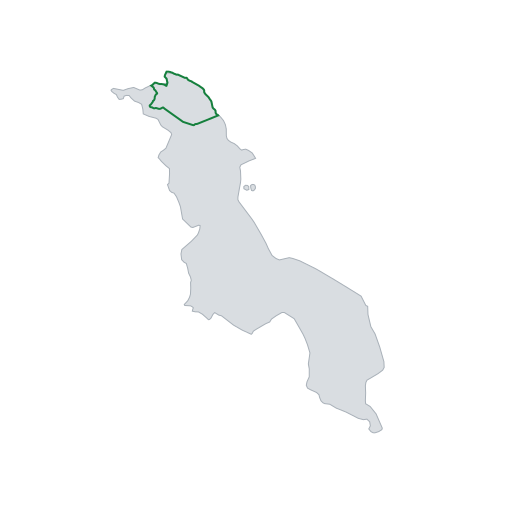 Karonga highlighted on a map of Malawi, rotated 338°
{"feature_id": "MWI-1194", "entity_name": "Karonga", "entity_type": "District", "adm_level": 1, "iso_a3": "MWI", "parent_name": "Malawi", "parent_adm1": "", "projection": "albers", "projection_center": [33.981, -10.031], "detail": "fine", "context": "in_parent", "style": "outline", "palette": "green", "viewbox_px": 512, "rotation_deg": 338, "n_neighbors": 0, "source": "natural_earth", "source_scale": "10m", "svg_char_len": 4677}
<svg xmlns="http://www.w3.org/2000/svg" viewBox="0 0 512 512"><g transform="rotate(338 256 256)"><path d="M199.4,296.9L196.5,293.0L194.2,294.0L191.0,296.7L189.2,297.4L188.3,297.4L187.8,296.7L187.0,294.9L184.5,289.9L181.7,286.3L178.8,285.0L176.3,283.3L177.4,281.7L178.5,280.6L178.0,279.4L176.7,277.7L171.4,275.2L171.3,274.1L176.0,271.9L178.9,269.4L180.9,266.9L183.4,261.5L185.4,256.1L186.9,254.3L187.4,250.8L187.1,246.7L188.1,241.6L188.6,236.8L187.0,234.9L185.7,231.6L187.2,226.0L189.7,222.2L201.4,218.2L209.5,214.6L211.3,213.0L214.0,209.9L215.6,206.9L214.5,206.0L208.1,205.9L206.5,204.8L201.8,194.2L204.4,182.0L204.6,177.3L204.5,171.4L203.6,167.1L201.6,165.3L200.4,162.9L200.7,156.6L202.6,155.9L206.6,147.5L208.5,142.5L206.3,138.6L203.8,133.0L202.7,129.4L202.1,128.2L203.8,126.0L206.6,123.9L209.7,123.3L212.9,122.3L223.3,111.8L223.4,109.8L221.5,106.3L217.6,101.1L216.8,98.9L216.3,92.6L214.8,90.7L209.1,86.5L204.7,82.0L206.1,77.4L206.8,72.5L204.6,69.7L201.4,66.9L199.4,62.8L198.5,59.7L195.9,58.5L193.6,58.4L191.9,60.4L190.1,60.2L187.8,59.6L187.1,56.9L187.0,54.0L185.4,52.1L183.9,49.4L183.7,47.9L184.7,47.5L186.6,47.2L195.0,52.7L200.0,52.9L205.7,53.9L210.5,58.7L213.0,59.3L216.2,58.7L225.3,58.2L228.9,58.8L233.6,61.7L235.5,62.0L238.4,62.1L238.9,61.4L239.2,59.7L238.7,56.4L239.4,54.6L241.1,52.6L246.1,54.9L258.5,65.4L258.9,66.7L266.7,77.1L269.3,81.5L269.3,83.9L271.7,93.0L272.2,97.2L271.7,100.4L271.8,103.0L272.7,106.8L272.4,108.3L275.2,113.8L276.6,118.3L276.8,122.8L276.0,127.1L273.5,133.5L273.1,136.0L273.7,138.4L275.3,140.9L277.9,143.6L279.9,146.9L281.3,150.8L282.4,152.5L283.9,152.5L286.5,153.1L288.6,155.3L291.1,159.1L291.9,163.5L292.2,165.3L285.2,165.2L276.3,165.8L274.2,167.6L273.5,171.3L270.7,179.1L269.2,182.0L265.9,187.2L261.3,194.6L260.3,197.0L260.5,199.4L263.2,209.5L266.0,220.0L266.9,224.1L268.9,238.1L270.0,248.0L270.2,253.8L271.1,261.6L273.6,265.8L276.2,268.4L286.2,270.0L289.1,272.0L294.8,276.9L307.0,290.7L313.7,299.4L319.6,307.1L330.2,321.4L338.4,332.6L339.3,343.0L340.7,344.5L337.9,352.2L336.0,364.6L337.2,372.9L336.6,386.9L335.0,401.9L333.1,407.3L330.7,409.3L325.0,410.8L312.4,412.7L310.5,414.4L308.8,417.3L306.3,424.2L303.2,431.1L302.3,434.1L302.9,434.8L305.5,438.4L308.2,447.4L308.6,462.9L307.7,464.1L304.0,464.8L300.0,464.5L298.3,463.7L296.8,461.9L295.8,458.6L298.4,456.3L299.3,452.3L297.7,448.8L294.3,448.0L290.0,444.8L281.0,434.4L273.4,427.1L268.9,421.1L264.4,418.6L263.1,417.2L262.0,414.6L262.0,410.9L262.4,408.2L261.0,405.2L256.4,400.4L254.3,397.8L254.2,394.7L256.2,391.7L260.1,388.0L263.1,380.6L264.1,375.7L269.7,366.1L270.5,357.6L270.6,350.9L270.3,345.9L268.9,335.5L267.9,328.4L261.1,319.0L258.8,318.1L252.3,319.0L246.7,320.3L244.0,322.3L239.8,322.4L228.8,324.0L225.4,324.7L223.4,326.4L222.3,326.8L215.4,319.5L209.3,311.7L201.6,298.5L199.4,296.9ZM279.4,194.1L277.6,194.5L276.4,193.5L276.7,190.7L277.4,188.6L279.2,188.2L280.5,188.8L281.4,189.8L281.4,191.3L280.9,192.9L279.4,194.1ZM275.3,188.8L274.3,191.7L272.1,191.6L270.0,189.1L270.7,187.1L272.7,186.5L274.4,187.3L275.3,188.8Z" fill="#d9dde1" stroke="#a8b0b8" stroke-width="1"/><path d="M242.1,51.6L243.9,52.3L245.6,53.4L246.1,54.0L246.9,54.5L248.7,56.7L249.1,56.9L250.0,57.9L251.6,58.6L256.7,64.1L258.3,64.7L258.7,65.4L258.8,66.4L259.1,67.4L259.4,67.8L260.6,69.1L260.8,69.2L261.8,70.1L261.8,70.4L267.1,77.0L267.7,78.1L269.3,80.4L270.0,82.2L270.0,82.8L269.9,83.4L269.4,84.5L269.3,85.0L269.7,86.9L271.5,90.9L272.0,93.7L272.4,94.9L272.5,95.6L272.5,96.2L271.4,102.1L271.7,103.2L272.7,105.0L272.9,106.0L272.8,106.5L272.3,107.7L272.2,108.4L272.2,108.7L272.3,109.1L272.5,109.9L272.9,110.6L273.3,111.2L273.8,111.4L274.2,111.4L274.4,111.4L274.2,111.5L251.2,111.5L250.5,111.4L249.3,111.0L248.8,111.0L248.3,111.1L247.7,111.4L247.3,111.4L246.2,110.7L238.6,104.3L226.5,85.3L225.9,84.1L225.5,83.5L225.1,83.4L223.2,83.6L222.0,83.6L221.5,83.4L220.8,83.0L219.0,81.5L218.5,81.2L218.3,81.2L217.6,81.1L217.0,81.0L216.5,80.7L216.1,80.3L215.6,79.6L215.4,79.3L215.0,79.1L214.6,78.9L214.0,78.4L213.7,78.0L213.6,77.6L213.7,76.9L213.8,76.7L214.0,76.5L215.3,76.1L217.9,74.5L218.2,74.2L218.5,73.8L218.7,73.6L219.4,73.5L219.8,73.3L220.5,72.7L220.9,72.2L221.2,71.7L221.7,70.6L221.9,70.3L222.4,69.9L223.1,69.2L223.5,68.9L223.8,68.7L224.2,68.6L225.1,68.4L225.3,68.1L225.3,67.5L225.0,66.6L224.9,66.0L224.8,65.0L224.6,64.5L224.2,63.9L224.0,63.4L224.0,63.0L224.2,62.1L224.2,61.5L224.0,61.0L223.8,60.8L222.7,58.8L224.1,58.7L225.5,57.9L227.2,57.4L228.7,58.3L230.1,59.7L231.4,60.6L232.7,61.1L234.2,62.0L235.5,63.1L236.1,64.2L236.7,64.6L237.6,63.7L237.6,63.3L238.3,62.8L238.8,62.2L239.0,61.5L239.0,60.5L239.4,58.9L239.5,58.0L238.5,55.5L239.3,54.2L240.5,53.1L241.2,52.4L242.1,51.6Z" fill="none" stroke="#15803d" stroke-width="2"/></g></svg>